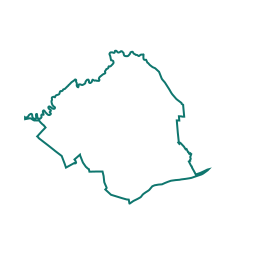 the district of Micula, Satu Mare, Romania, rotated 306°
{"feature_id": "2599482B78351896705801", "entity_name": "Micula", "entity_type": "district", "adm_level": 2, "iso_a3": "ROU", "parent_name": "Romania", "parent_adm1": "Satu Mare", "projection": "albers", "projection_center": [22.96, 47.916], "detail": "fine", "context": "isolated", "style": "outline", "palette": "teal", "viewbox_px": 256, "rotation_deg": 306, "n_neighbors": 0, "source": "geoboundaries", "source_scale": "gbopen_adm2", "svg_char_len": 5507}
<svg xmlns="http://www.w3.org/2000/svg" viewBox="0 0 256 256"><g transform="rotate(306 128 128)"><path d="M179.1,159.1L179.2,158.9L179.1,157.9L179.1,157.2L179.7,156.5L179.8,151.3L179.9,149.9L181.3,144.0L181.9,142.3L183.6,138.5L186.5,131.1L187.3,127.7L187.7,126.4L191.7,120.1L192.3,114.8L191.7,112.1L191.8,108.8L192.0,107.7L192.3,106.6L192.4,105.9L192.3,105.5L192.3,105.2L192.7,104.5L192.8,104.3L193.1,103.9L193.3,103.4L193.8,102.6L193.3,101.9L192.9,101.4L192.8,101.1L192.8,100.5L193.0,100.1L193.8,99.2L196.5,97.4L196.5,97.1L195.8,96.5L195.3,95.7L195.0,95.4L194.5,95.1L192.9,94.7L192.6,94.5L192.5,94.2L192.4,92.4L192.2,92.0L191.9,91.5L191.7,91.2L191.8,90.5L191.6,89.5L191.6,88.9L191.7,88.4L192.1,87.6L192.3,87.3L192.3,86.9L192.1,86.5L191.3,85.9L190.9,85.7L190.6,85.6L189.6,85.9L188.8,86.0L186.8,85.8L186.2,85.6L185.6,85.1L184.8,83.9L184.5,83.2L184.4,82.6L184.5,82.2L184.9,81.5L185.7,80.7L186.0,80.4L186.2,79.9L186.2,79.3L186.3,78.9L186.5,78.4L186.4,78.0L186.3,77.6L186.1,77.4L185.8,77.1L185.1,77.0L184.4,76.6L183.8,76.3L183.5,76.0L183.3,75.6L183.2,75.2L183.2,74.9L183.5,73.7L183.5,73.2L183.4,72.8L182.9,72.3L182.6,72.2L181.3,72.8L180.8,72.7L180.4,72.3L180.2,71.7L179.9,70.7L179.5,70.2L178.8,69.4L178.4,69.3L177.6,69.3L177.3,69.4L177.0,69.5L176.7,69.8L175.7,71.4L174.5,72.7L173.8,73.4L172.9,74.5L173.3,75.2L173.5,76.5L173.4,76.8L172.6,77.7L172.2,78.0L171.6,78.1L170.8,78.1L168.0,77.7L167.4,77.4L167.0,76.9L166.7,76.3L166.2,76.2L165.3,76.7L165.0,76.7L164.4,76.7L163.7,76.4L163.0,75.9L162.3,76.0L160.9,76.0L160.4,76.1L160.1,76.2L159.5,77.0L159.1,77.3L158.7,77.3L156.4,76.1L154.7,75.7L153.3,75.3L152.2,75.1L151.5,75.2L151.1,75.3L150.7,75.6L150.3,76.4L149.9,76.7L149.5,76.8L149.1,76.8L148.8,76.5L148.2,75.5L147.8,74.9L147.6,74.1L146.6,73.0L146.5,72.5L146.4,71.3L146.2,71.0L145.7,71.0L144.3,71.5L143.7,71.5L142.8,71.3L142.3,71.1L142.0,70.7L141.9,70.2L142.0,69.7L142.2,69.4L143.1,68.8L143.3,68.5L143.7,67.9L143.8,67.5L143.7,67.3L143.3,66.9L143.0,66.6L142.5,66.5L140.9,66.4L140.4,66.5L140.0,66.7L138.9,67.1L137.1,66.5L136.6,66.2L136.1,65.9L135.9,65.7L135.7,65.4L135.2,63.7L134.9,63.3L134.5,62.8L134.1,62.7L133.8,62.8L132.7,63.4L132.2,63.7L131.7,63.7L131.5,63.2L131.6,62.7L131.9,62.0L132.1,61.7L132.4,61.4L133.4,60.8L133.8,60.5L134.3,60.0L134.8,59.0L135.1,58.6L135.4,58.4L136.2,58.0L136.4,57.7L136.4,57.4L136.4,57.1L136.2,56.8L135.9,56.6L135.1,56.5L134.3,56.3L131.8,55.4L128.7,55.0L127.8,54.7L127.2,54.8L126.6,54.7L125.7,54.4L124.9,54.4L124.3,54.2L122.7,54.0L122.2,53.7L121.5,53.2L121.2,53.0L120.5,53.0L119.8,53.1L119.1,52.8L118.6,52.4L118.2,51.8L117.9,51.7L117.5,51.6L116.5,51.9L115.8,52.2L115.1,52.4L114.8,52.3L114.4,52.2L113.8,51.8L112.5,50.8L112.0,50.6L111.4,50.5L110.7,50.6L110.1,50.8L109.9,50.8L109.8,50.6L109.8,50.1L109.6,49.6L109.4,49.3L108.3,48.6L107.9,48.6L107.4,48.8L106.1,50.0L105.1,50.2L104.6,50.4L104.3,50.7L103.7,51.2L102.5,52.8L102.2,53.4L101.9,54.3L101.8,55.0L101.8,56.1L101.8,56.5L101.6,56.9L101.3,57.1L100.9,57.2L100.5,57.2L100.0,56.8L99.7,56.4L99.5,55.9L99.4,55.3L99.4,53.2L99.3,52.1L99.2,51.7L98.9,51.4L98.4,51.3L98.2,51.3L97.8,51.5L97.3,52.1L97.1,52.8L97.0,53.4L97.1,54.5L97.1,54.8L96.9,55.2L96.6,55.4L96.3,55.5L95.0,55.3L94.9,55.3L94.7,55.5L94.6,55.8L94.5,56.6L94.3,57.1L93.9,57.3L93.3,57.3L92.9,57.1L92.3,56.8L92.0,56.4L91.7,55.5L91.7,54.8L92.2,52.0L92.8,50.3L92.8,49.9L92.7,49.5L92.4,49.3L92.0,49.2L91.7,49.3L91.2,49.5L90.6,50.1L90.1,50.8L89.6,51.5L89.2,51.8L88.8,51.6L88.4,50.6L88.3,50.4L87.9,50.3L87.7,50.3L87.0,50.6L86.2,51.5L85.8,51.7L84.8,51.7L83.8,51.4L83.7,51.3L83.2,50.3L82.9,50.0L82.9,49.4L82.9,49.1L83.1,48.7L83.5,48.2L85.5,46.4L85.7,46.2L85.6,45.8L85.3,45.6L84.7,45.7L83.6,46.6L82.6,47.6L82.3,47.8L81.9,47.8L81.5,47.8L81.2,47.6L80.8,47.3L80.4,46.7L80.2,46.2L80.2,45.6L80.3,45.2L80.6,44.5L80.9,44.0L82.4,42.6L82.6,42.2L82.7,41.7L82.5,41.3L82.0,40.9L80.6,40.4L79.9,40.3L78.6,40.4L77.7,40.3L76.4,39.2L76.1,38.8L76.1,38.5L75.8,38.7L75.9,38.8L74.7,39.6L78.1,42.8L78.4,43.3L78.6,43.8L78.8,46.9L78.9,47.3L79.1,47.9L79.6,48.5L81.7,51.5L81.8,51.7L81.4,52.9L81.1,54.1L80.7,56.8L80.7,57.4L80.7,58.1L80.3,59.6L80.2,60.2L80.0,60.5L79.9,61.0L75.0,60.3L67.8,59.5L67.7,61.1L67.4,61.4L67.3,62.1L67.0,73.5L66.7,80.8L66.6,82.3L66.4,90.8L61.7,98.0L59.5,101.1L68.2,105.2L68.3,105.3L68.1,105.7L68.1,105.9L68.8,106.4L69.4,106.4L70.0,105.7L70.6,104.7L71.1,103.2L74.0,103.9L78.2,104.8L77.5,105.6L73.8,111.4L73.4,112.2L71.8,116.8L71.8,117.8L71.7,118.1L71.6,118.8L71.6,120.3L71.7,120.5L70.0,122.5L73.8,127.5L77.8,133.0L74.8,136.5L70.7,140.2L70.1,140.8L69.2,142.3L67.2,145.7L67.0,145.9L66.8,146.0L64.9,145.8L64.0,153.5L67.8,164.6L69.4,168.9L70.5,170.7L67.8,173.5L67.9,173.8L72.2,175.3L76.2,177.4L79.0,178.7L80.1,179.0L82.1,179.0L83.6,179.2L86.3,180.1L88.8,181.1L90.4,181.6L95.1,181.9L97.3,183.2L97.5,183.4L100.1,185.9L102.4,188.6L105.2,190.2L107.9,191.9L110.5,193.7L111.6,194.8L113.9,197.2L116.3,200.0L117.8,201.4L120.8,204.6L123.2,207.0L124.9,208.6L127.5,210.4L131.2,213.0L133.4,214.6L134.1,215.0L135.4,215.6L140.6,217.3L142.0,217.5L140.9,216.6L137.5,214.8L134.5,213.1L131.3,210.9L130.3,210.0L132.0,206.5L133.6,203.0L133.9,202.9L134.5,201.7L134.4,201.4L136.7,196.9L138.0,197.6L138.4,197.0L139.9,196.9L141.1,195.4L144.1,194.5L144.2,193.2L143.2,193.0L143.1,192.9L143.2,192.6L143.4,192.0L144.1,191.0L144.1,190.7L143.9,190.5L145.4,187.7L144.6,187.2L145.8,184.2L146.7,179.5L146.7,179.1L145.3,178.9L145.8,177.1L146.8,177.2L147.0,176.9L153.3,171.2L162.8,163.0L164.2,165.1L167.4,162.3L168.7,164.2L169.0,165.0L169.4,165.7L170.2,166.8L178.4,159.6L179.1,159.1Z" fill="none" stroke="#0f766e" stroke-width="2"/></g></svg>